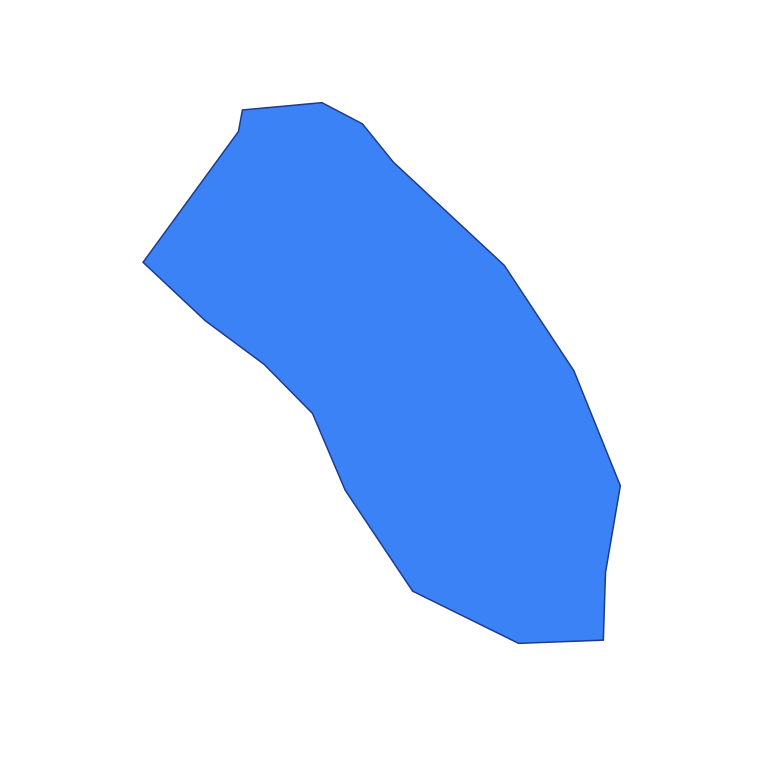 SVG path tracing the border of Rodrigues, rotated 77°
{"feature_id": "MUS-5194", "entity_name": "Rodrigues", "entity_type": "Dependency", "adm_level": 1, "iso_a3": "MUS", "parent_name": "Mauritius", "parent_adm1": "", "projection": "robinson", "projection_center": [63.41, -19.719], "detail": "fine", "context": "isolated", "style": "filled", "palette": "blue", "viewbox_px": 768, "rotation_deg": 77, "n_neighbors": 0, "source": "natural_earth", "source_scale": "10m", "svg_char_len": 384}
<svg xmlns="http://www.w3.org/2000/svg" viewBox="0 0 768 768"><g transform="rotate(77 384 384)"><path d="M617.6,210.6L682.9,227.9L667.0,311.2L592.3,402.7L478.8,445.7L396.6,460.3L337.9,496.4L282.2,543.9L211.2,591.4L105.2,469.0L85.1,460.3L95.9,381.2L125.7,346.5L169.9,325.0L295.5,240.1L413.8,196.0L536.3,176.6L617.6,210.6Z" fill="#3b82f6" stroke="#1e3a8a" stroke-width="1.5"/></g></svg>